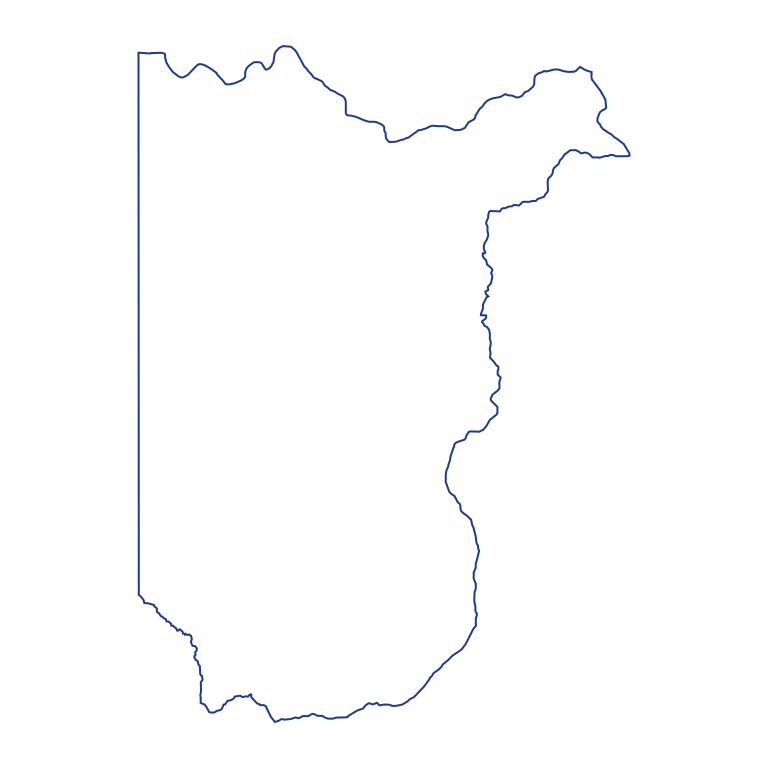 the district of Sarapiqui, Heredia, Costa Rica
{"feature_id": "36466004B54791236061025", "entity_name": "Sarapiqui", "entity_type": "district", "adm_level": 2, "iso_a3": "CRI", "parent_name": "Costa Rica", "parent_adm1": "Heredia", "projection": "mercator", "projection_center": [-83.949, 10.488], "detail": "fine", "context": "isolated", "style": "outline", "palette": "blue", "viewbox_px": 768, "rotation_deg": 0, "n_neighbors": 0, "source": "geoboundaries", "source_scale": "gbopen_adm2", "svg_char_len": 6017}
<svg xmlns="http://www.w3.org/2000/svg" viewBox="0 0 768 768"><path d="M407.6,701.3L410.0,699.1L414.0,697.1L423.9,686.7L429.3,679.4L429.5,678.2L431.8,676.1L433.5,673.2L439.2,669.1L441.5,666.7L442.6,664.6L448.5,659.8L452.3,655.8L461.6,649.5L465.8,643.9L472.5,630.5L474.0,627.9L475.8,626.2L475.8,618.5L476.8,615.4L476.9,613.7L475.8,612.2L475.4,610.6L475.4,606.3L474.3,601.7L474.3,598.3L474.6,591.9L475.4,590.1L475.8,587.6L475.8,583.3L475.2,582.5L473.7,578.5L473.7,572.4L475.6,568.2L475.9,562.7L476.5,561.5L479.1,550.9L478.3,548.9L477.9,545.6L476.5,543.0L475.6,535.9L473.4,527.4L472.2,525.0L471.1,519.7L466.7,515.5L463.5,513.3L461.3,511.3L460.5,509.1L460.3,505.3L459.7,503.8L457.7,502.2L454.6,496.2L451.2,493.8L449.2,491.6L445.7,481.9L445.8,474.0L446.5,470.3L448.2,466.6L448.5,464.5L449.9,460.5L450.7,455.8L453.6,447.3L454.1,446.7L454.1,445.3L455.0,443.7L456.2,442.6L458.2,441.7L464.4,439.7L465.6,438.3L466.4,435.7L468.6,432.0L470.4,431.4L479.4,431.7L483.1,429.8L486.2,426.3L490.0,419.7L496.4,414.7L497.4,413.2L497.4,406.9L491.3,400.8L490.7,399.7L490.7,398.9L492.4,394.7L497.9,390.4L499.5,388.3L499.3,381.8L500.4,379.1L500.6,377.8L500.3,377.1L497.7,374.7L497.6,371.5L498.4,369.0L498.4,366.8L495.9,364.8L494.4,362.4L490.0,357.6L490.6,352.7L489.9,350.2L489.8,348.1L490.7,344.6L490.8,342.3L489.8,338.8L489.9,333.9L489.1,329.8L487.1,327.2L484.1,325.4L483.6,323.8L482.0,322.0L482.3,321.1L485.7,318.6L486.1,317.5L486.1,315.4L480.9,315.2L481.2,313.2L483.1,308.3L482.8,306.5L483.1,304.2L486.6,297.2L488.3,296.4L486.1,294.2L485.5,292.8L485.6,291.3L488.2,290.2L487.8,286.8L490.9,283.5L492.3,277.1L492.1,275.3L491.1,273.1L492.3,270.6L492.3,269.6L491.2,267.9L487.0,264.4L486.1,260.1L483.9,258.2L482.7,256.0L482.7,253.9L483.0,253.2L484.5,253.4L485.3,252.5L483.8,249.0L483.8,246.3L484.6,243.1L486.8,239.6L488.2,235.7L488.0,233.0L487.5,231.8L487.5,226.3L486.3,224.2L486.2,222.3L488.2,217.5L488.2,215.3L489.0,212.1L490.1,211.0L500.0,211.4L501.3,209.3L502.5,208.3L505.2,208.2L508.6,206.6L511.9,206.3L514.1,204.9L519.0,205.5L521.3,203.4L521.8,202.5L523.4,201.8L529.5,201.8L531.6,201.1L535.7,201.0L537.8,198.9L544.0,196.8L545.5,194.1L547.2,192.3L548.0,190.3L547.6,182.2L548.1,179.2L548.7,178.1L551.1,175.8L552.6,173.4L553.0,170.2L554.1,167.8L558.4,164.2L560.0,160.3L561.6,158.8L564.6,154.5L570.4,150.2L575.8,150.2L578.0,151.1L581.2,153.4L584.3,152.7L586.5,152.7L589.4,154.1L592.5,157.4L598.2,157.4L599.4,157.8L605.4,156.0L607.9,156.0L610.5,154.9L613.0,155.0L616.1,156.3L627.2,156.2L629.5,155.7L629.4,153.4L623.8,144.1L616.7,138.6L614.2,137.2L611.4,134.3L609.1,133.2L602.9,129.0L601.0,126.7L599.9,124.2L599.2,123.9L597.3,121.2L597.6,117.7L600.0,112.2L602.5,110.2L604.7,109.3L606.2,107.9L605.3,99.4L600.5,90.9L592.0,79.5L591.4,76.9L591.6,72.1L585.6,70.2L579.9,66.9L575.8,71.0L574.0,71.7L568.1,71.9L563.2,71.1L558.8,69.6L554.8,69.4L547.1,71.3L545.2,71.4L544.1,70.9L542.4,72.1L538.4,73.3L535.0,76.0L534.4,78.9L534.2,84.4L533.1,86.6L528.1,91.0L524.6,92.4L522.1,95.7L519.2,97.2L516.8,97.5L512.1,95.6L508.8,95.4L505.1,94.2L500.2,97.0L493.3,98.2L489.3,99.6L486.6,101.3L484.7,103.2L482.3,106.6L479.8,108.7L475.3,115.9L475.2,117.6L474.6,118.7L473.6,119.6L468.5,122.3L464.9,127.9L460.5,129.9L454.7,130.2L446.9,126.7L444.3,126.2L438.3,126.2L432.6,125.7L430.3,126.3L425.8,128.5L420.1,130.2L418.5,130.2L408.4,137.6L405.9,138.3L403.3,139.6L401.9,139.7L395.8,141.7L389.8,142.0L389.1,141.9L387.2,140.0L385.9,138.0L385.5,132.7L384.3,130.6L384.2,127.3L383.5,126.0L381.8,124.5L376.5,122.2L374.7,121.8L368.6,121.7L363.7,120.1L356.7,117.1L351.8,115.7L347.8,115.4L346.5,114.7L345.8,113.0L345.8,101.5L345.1,99.1L343.5,96.6L337.4,93.5L334.9,91.7L330.1,89.8L327.2,87.1L326.1,86.6L324.3,85.0L322.9,82.4L321.5,81.1L316.5,78.7L315.9,78.7L313.8,77.5L311.0,73.9L307.8,70.6L307.3,69.5L304.1,66.2L296.5,52.1L294.2,49.4L290.8,46.7L282.9,46.1L279.3,47.9L275.9,51.4L274.6,53.9L273.4,62.6L272.6,63.5L271.8,65.4L269.7,68.0L267.5,69.3L265.7,69.6L264.4,68.0L264.4,67.4L263.4,66.6L263.3,65.9L261.7,63.4L260.5,62.6L258.6,62.2L254.6,62.2L253.3,62.6L249.4,65.4L247.4,67.3L246.2,69.1L245.2,72.1L245.2,76.8L243.7,78.8L240.9,80.6L234.3,83.4L228.8,84.4L225.7,84.2L222.0,79.5L220.5,78.2L216.6,73.7L216.6,73.0L211.3,69.1L206.8,66.3L206.1,66.3L205.9,65.7L201.5,64.2L198.8,64.2L196.8,65.5L187.7,75.0L183.1,77.4L181.1,77.4L178.0,76.1L176.8,74.8L176.3,74.7L172.9,72.0L168.6,66.4L166.1,61.8L166.0,60.4L165.1,58.0L165.1,54.6L164.6,53.7L161.6,52.8L150.9,53.1L150.3,53.5L138.5,52.7L138.8,594.9L140.9,596.7L143.5,599.9L144.3,603.0L148.4,603.4L153.9,604.9L153.9,605.8L156.9,608.5L156.8,610.8L157.2,612.1L158.8,613.1L161.1,616.3L162.5,616.8L163.8,618.2L165.6,618.9L166.6,621.4L168.5,621.6L171.0,623.6L171.3,625.7L173.0,625.7L175.7,628.2L176.3,628.4L177.0,630.5L178.5,630.5L179.2,629.4L180.1,629.5L182.6,631.7L182.9,633.5L184.0,633.6L184.8,634.7L185.7,633.9L187.1,634.9L189.4,634.6L191.1,636.0L191.8,639.0L190.9,641.9L191.9,644.7L192.8,645.8L195.2,646.2L196.9,648.4L196.6,650.6L195.2,652.0L195.5,655.0L194.4,656.2L194.4,657.4L195.2,659.3L197.7,661.2L198.5,664.7L199.8,665.8L200.2,674.1L200.9,675.4L202.0,675.9L202.1,677.4L202.6,679.1L202.3,680.3L200.8,682.1L201.0,691.3L200.3,695.5L200.7,697.5L200.7,703.0L204.5,704.5L206.4,706.9L209.1,712.0L210.9,712.5L214.4,712.5L216.9,710.9L220.7,709.9L222.1,708.4L223.4,705.0L223.8,704.5L225.0,704.5L227.5,700.9L230.4,700.3L233.4,698.8L234.8,696.6L239.1,695.8L240.5,695.8L242.4,697.1L245.4,696.4L247.9,696.6L249.1,695.2L250.8,694.3L251.4,695.1L251.1,695.6L251.3,697.2L257.0,703.4L259.4,704.2L260.1,705.1L263.7,705.1L265.8,706.2L270.9,717.0L274.9,721.9L278.3,721.0L281.3,719.1L284.6,719.6L290.8,719.0L295.8,717.4L298.0,718.2L299.1,718.1L303.1,716.0L307.6,716.2L309.1,715.8L311.0,714.4L312.3,713.9L314.3,714.1L317.4,715.8L322.4,715.9L324.7,717.4L327.8,718.6L332.6,718.7L336.2,717.6L346.8,717.3L347.6,717.0L348.2,716.0L357.5,710.4L363.1,708.5L365.3,705.6L368.5,703.3L370.4,703.5L372.0,704.3L373.2,704.3L376.9,702.8L379.6,705.4L383.8,704.6L388.1,704.6L389.9,704.9L392.2,705.9L396.3,705.8L402.5,704.5L407.6,701.3Z" fill="none" stroke="#1e3a8a" stroke-width="2"/></svg>